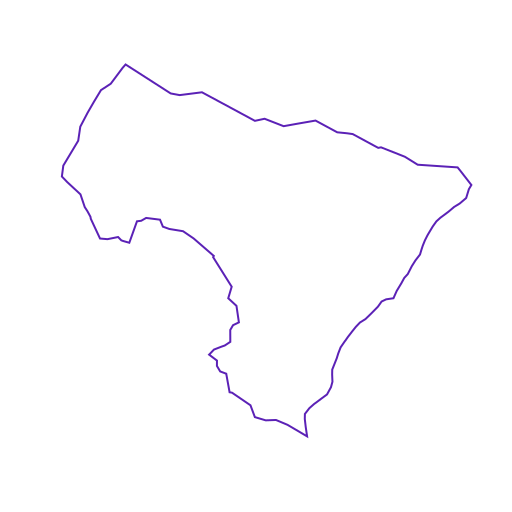 outline of Umuahia South, Abia, Nigeria, rotated 188°
{"feature_id": "59680162B33788323646847", "entity_name": "Umuahia South", "entity_type": "district", "adm_level": 2, "iso_a3": "NGA", "parent_name": "Nigeria", "parent_adm1": "Abia", "projection": "albers", "projection_center": [7.437, 5.501], "detail": "fine", "context": "isolated", "style": "outline", "palette": "violet", "viewbox_px": 512, "rotation_deg": 188, "n_neighbors": 0, "source": "geoboundaries", "source_scale": "gbopen_adm2", "svg_char_len": 1686}
<svg xmlns="http://www.w3.org/2000/svg" viewBox="0 0 512 512"><g transform="rotate(188 256 256)"><path d="M459.3,307.7L453.2,302.9L438.4,292.6L432.4,280.6L429.1,276.8L425.4,271.8L424.8,269.9L412.9,251.6L405.4,252.0L395.2,255.6L391.6,252.8L390.4,252.5L388.5,252.2L383.3,251.5L382.7,254.4L378.7,273.8L374.6,274.9L370.1,278.4L356.1,278.6L352.3,272.1L345.6,270.7L331.7,270.4L320.2,264.7L297.8,250.2L298.3,248.9L275.8,222.2L277.6,210.3L268.4,203.9L263.7,187.9L269.1,184.3L271.2,179.2L269.5,167.4L274.5,163.0L277.6,161.4L284.6,157.5L288.7,151.8L280.1,147.0L279.4,141.7L275.4,136.7L269.1,135.3L263.2,117.4L260.7,117.3L240.7,107.4L234.7,96.3L223.5,94.6L213.4,96.4L201.3,93.2L180.3,84.5L181.0,86.9L183.0,93.7L185.0,101.4L185.6,106.4L182.0,112.7L177.8,117.6L176.0,119.3L171.4,123.9L166.4,128.8L163.5,136.5L162.8,142.1L164.1,149.2L164.7,154.1L161.8,166.0L161.0,170.9L159.5,177.3L156.0,184.3L155.8,184.5L153.8,188.5L150.2,194.8L147.3,199.7L143.8,204.6L138.8,208.8L133.9,215.1L128.2,222.8L125.3,228.4L121.1,231.2L114.0,233.3L111.8,241.0L108.2,249.4L107.8,250.5L106.1,255.0L103.2,259.2L100.3,267.6L97.6,273.6L97.4,274.0L93.8,280.3L93.0,285.5L92.3,289.4L90.9,295.0L89.3,299.7L88.7,301.3L85.1,309.8L84.9,310.2L82.2,315.4L78.7,319.6L71.6,326.6L66.6,332.2L61.6,336.3L56.0,342.6L55.9,342.9L54.5,351.8L52.6,356.3L65.9,369.2L68.7,371.8L108.6,368.9L122.4,375.0L147.3,381.0L150.0,380.1L154.1,381.6L177.2,390.2L183.0,390.2L192.8,389.8L215.9,398.4L233.6,392.7L246.7,388.4L266.6,393.1L275.9,389.7L332.3,410.6L354.0,404.7L363.1,405.1L411.8,427.5L414.3,423.7L423.8,406.4L432.6,398.7L437.9,386.3L442.7,374.4L448.0,359.6L448.1,345.4L459.4,318.7L459.3,307.7Z" fill="none" stroke="#5b21b6" stroke-width="2"/></g></svg>